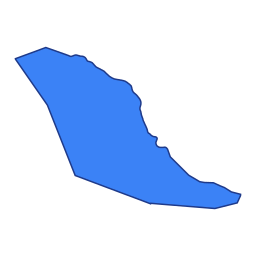 Saint Marie Road, Praslin, Saint Lucia
{"feature_id": "8701671B49997775844737", "entity_name": "Saint Marie Road", "entity_type": "district", "adm_level": 2, "iso_a3": "LCA", "parent_name": "Saint Lucia", "parent_adm1": "Praslin", "projection": "albers", "projection_center": [-60.917, 13.855], "detail": "fine", "context": "isolated", "style": "filled", "palette": "blue", "viewbox_px": 256, "rotation_deg": 0, "n_neighbors": 0, "source": "geoboundaries", "source_scale": "gbopen_adm2", "svg_char_len": 4964}
<svg xmlns="http://www.w3.org/2000/svg" viewBox="0 0 256 256"><path d="M15.4,58.7L15.5,59.2L47.4,105.1L75.2,175.5L150.6,203.8L150.8,203.3L164.0,204.4L214.9,208.5L237.2,202.9L240.5,195.7L240.6,194.3L231.3,191.9L224.5,187.6L219.8,185.7L213.5,182.8L204.4,182.5L199.7,181.7L188.7,175.2L170.3,156.9L167.5,149.1L166.7,148.2L166.5,147.9L166.3,147.8L166.2,147.7L165.9,147.5L165.7,147.4L165.3,147.3L165.2,147.3L165.0,147.2L164.2,147.2L164.1,147.3L163.8,147.3L163.3,147.4L163.1,147.4L162.8,147.4L161.3,147.4L161.1,147.4L160.7,147.4L160.4,147.4L160.1,147.4L159.9,147.3L159.7,147.3L159.3,147.3L158.9,147.1L158.7,147.1L158.3,146.8L158.2,146.7L157.8,146.5L157.7,146.4L157.3,146.2L157.2,146.1L156.9,145.7L156.6,145.3L156.5,145.1L156.3,144.7L156.2,144.3L156.1,144.1L156.0,143.6L155.9,143.3L155.9,142.7L155.9,142.3L156.0,142.1L156.0,141.9L156.2,141.5L156.4,141.0L156.5,140.6L156.6,140.3L156.7,140.1L156.8,139.8L157.1,139.0L157.1,138.9L157.1,138.3L157.0,138.1L156.9,137.8L156.8,137.6L156.6,137.5L156.3,137.2L156.2,137.1L155.9,137.0L155.7,136.9L154.6,136.7L154.4,136.7L154.2,136.7L153.8,136.6L153.7,136.6L153.3,136.5L152.8,136.3L152.6,136.2L152.4,136.1L152.1,135.9L151.6,135.6L151.4,135.5L151.2,135.3L150.9,135.0L150.7,134.9L150.6,134.7L150.2,134.3L150.0,134.1L149.7,133.8L149.4,133.6L149.2,133.5L149.1,133.4L148.5,133.2L148.4,133.1L148.3,132.9L148.1,132.6L147.9,132.3L147.7,131.9L147.6,131.5L147.5,131.1L147.5,130.9L147.4,130.7L147.3,130.3L147.3,130.2L147.2,129.7L147.1,129.3L147.0,129.2L146.9,128.8L146.6,128.0L146.5,127.8L146.3,127.4L146.2,127.2L146.1,126.9L145.8,126.1L145.6,125.8L145.5,125.6L144.9,124.3L144.8,124.1L144.7,123.9L144.2,122.7L143.9,122.0L143.8,121.8L143.6,121.4L143.5,121.2L143.4,121.0L143.2,120.4L143.1,120.2L142.9,119.4L142.8,119.2L142.8,118.9L142.7,118.5L142.6,118.2L142.4,117.8L142.3,117.5L142.0,116.6L141.9,116.4L141.6,115.6L141.6,115.4L141.4,115.0L141.4,114.8L141.3,114.4L141.2,114.2L141.2,113.7L141.1,113.3L141.0,113.2L141.0,112.7L140.9,112.3L140.8,111.9L140.8,111.7L140.6,111.1L140.4,110.6L140.2,110.1L140.1,109.9L140.0,109.7L140.0,109.3L139.9,109.0L139.9,108.5L140.0,107.9L140.0,107.7L140.0,107.3L140.1,107.0L140.2,106.8L140.3,106.4L140.4,106.1L140.5,105.9L140.5,105.7L140.7,105.1L140.8,104.4L140.9,104.2L140.9,103.7L140.9,103.0L140.9,102.6L140.9,102.2L140.8,101.8L140.7,101.4L140.7,101.2L140.5,100.9L140.5,100.7L140.3,100.3L140.2,100.0L140.1,99.8L139.7,99.1L139.6,98.9L139.4,98.6L139.1,98.3L138.9,97.9L138.7,97.6L138.2,97.1L137.9,96.7L137.7,96.4L137.6,96.2L137.2,95.8L137.1,95.7L136.7,95.2L136.3,94.8L136.1,94.6L135.8,94.4L135.2,93.8L134.9,93.6L134.6,93.4L134.3,93.1L133.9,92.7L133.7,92.6L133.6,92.4L133.2,92.0L132.9,91.5L132.6,90.9L132.4,90.5L132.4,90.3L132.2,90.0L132.2,89.8L132.1,89.6L132.1,89.4L131.9,88.7L131.8,88.3L131.8,88.1L131.7,87.6L131.5,86.9L131.4,86.6L131.3,86.4L131.3,86.2L131.2,86.1L131.1,85.9L130.8,85.5L130.6,85.4L130.5,85.2L130.2,85.0L129.9,84.7L129.7,84.4L129.4,84.2L129.0,83.9L128.4,83.5L128.3,83.4L128.1,83.3L127.6,82.8L127.4,82.6L127.1,82.4L126.9,82.3L126.5,82.1L126.4,82.0L126.1,81.8L125.6,81.5L125.3,81.3L124.9,81.1L124.4,81.0L124.1,80.9L123.7,80.7L123.3,80.7L122.7,80.5L122.3,80.4L122.1,80.4L121.8,80.3L121.4,80.2L121.0,80.2L120.9,80.1L120.7,80.1L120.3,80.1L120.1,80.0L119.9,80.0L119.6,79.9L119.2,79.8L118.5,79.7L118.3,79.7L117.8,79.6L117.6,79.6L117.2,79.5L116.6,79.4L116.1,79.3L115.9,79.3L115.6,79.2L115.4,79.2L115.2,79.1L114.8,79.1L114.3,78.9L114.0,78.8L113.8,78.7L113.7,78.7L113.1,78.4L112.8,78.3L112.6,78.2L112.3,78.1L112.0,77.9L111.6,77.7L111.3,77.5L111.0,77.3L110.8,77.2L110.5,77.0L110.2,76.8L109.8,76.6L109.5,76.4L109.2,76.1L109.0,75.9L108.8,75.8L108.7,75.7L108.3,75.3L108.0,75.0L107.6,74.6L107.1,74.2L106.7,73.8L106.6,73.7L106.4,73.6L106.0,73.2L105.5,72.6L105.3,72.5L105.0,72.2L104.8,71.9L104.7,71.8L104.4,71.6L104.3,71.4L104.1,71.3L103.8,71.1L103.1,70.7L102.6,70.4L102.1,70.1L101.6,69.9L101.0,69.6L100.7,69.4L100.2,69.1L99.9,68.9L99.1,68.6L98.8,68.4L98.6,68.3L98.0,68.0L97.2,67.6L96.5,67.2L96.4,67.1L96.2,67.0L95.8,66.7L95.2,66.0L94.9,65.8L94.8,65.6L94.5,65.3L94.2,65.0L94.0,64.7L93.8,64.5L93.6,64.2L93.3,63.9L93.2,63.8L92.9,63.5L92.5,63.1L92.4,62.9L92.1,62.7L91.9,62.6L91.4,62.3L91.1,62.2L90.4,61.9L90.0,61.8L89.8,61.7L89.5,61.6L89.3,61.6L89.1,61.5L88.6,61.4L88.4,61.4L87.9,61.2L87.4,61.0L87.2,60.7L86.9,60.3L86.8,60.1L86.6,59.8L86.5,59.5L86.4,59.3L86.1,58.8L86.0,58.7L85.8,58.4L85.4,57.9L85.3,57.7L85.2,57.6L84.9,57.4L84.0,56.8L83.6,56.6L83.3,56.5L83.1,56.5L82.9,56.4L82.6,56.3L82.4,56.3L82.2,56.3L81.7,56.2L81.3,56.2L81.1,56.2L80.8,56.2L80.4,56.1L80.1,56.1L79.9,56.0L79.7,56.0L79.6,55.9L79.4,55.9L79.0,55.7L78.8,55.7L78.6,55.6L78.4,55.6L78.2,55.5L77.7,55.4L77.4,55.3L77.2,55.2L76.8,55.1L76.6,55.1L76.3,55.1L76.1,55.0L75.5,55.0L75.3,55.1L75.2,55.1L74.8,55.2L74.6,55.2L74.4,55.3L73.8,55.5L72.9,55.9L72.5,56.0L72.3,56.1L71.9,56.2L71.6,56.3L71.4,56.4L71.0,56.4L70.6,56.4L70.2,56.3L70.1,56.2L69.7,56.1L69.0,55.8L68.9,55.7L68.7,55.6L68.1,55.4L45.8,47.5L15.4,58.7Z" fill="#3b82f6" stroke="#1e3a8a" stroke-width="1.5"/></svg>